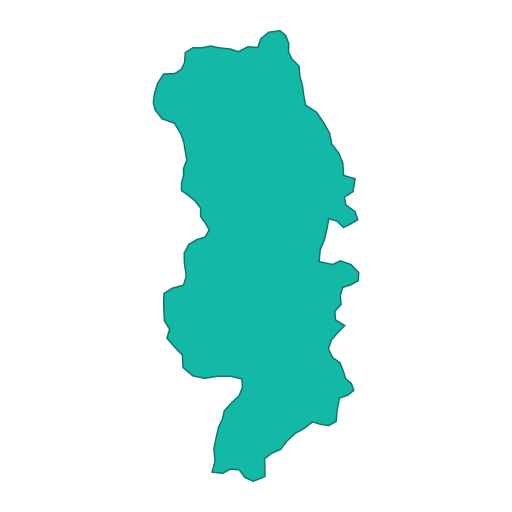 Coimbra, Minas Gerais, Brazil (Albers equal-area conic projection), rotated 270°
{"feature_id": "56859067B39104662018874", "entity_name": "Coimbra", "entity_type": "district", "adm_level": 2, "iso_a3": "BRA", "parent_name": "Brazil", "parent_adm1": "Minas Gerais", "projection": "albers", "projection_center": [-42.796, -20.843], "detail": "fine", "context": "isolated", "style": "filled", "palette": "teal", "viewbox_px": 512, "rotation_deg": 270, "n_neighbors": 0, "source": "geoboundaries", "source_scale": "gbopen_adm2", "svg_char_len": 1828}
<svg xmlns="http://www.w3.org/2000/svg" viewBox="0 0 512 512"><g transform="rotate(270 256 256)"><path d="M173.9,166.9L164.2,175.3L156.9,182.4L144.4,183.1L136.1,192.9L133.7,204.5L135.7,217.0L135.7,230.9L133.0,242.0L124.2,242.3L116.2,239.1L109.4,231.8L101.3,224.4L92.5,222.3L85.0,218.6L75.0,216.3L63.1,213.9L50.9,215.0L39.9,212.1L38.7,222.8L42.9,230.1L42.2,239.2L34.6,244.9L30.7,253.3L35.6,265.0L45.6,264.9L53.3,264.5L58.7,271.5L62.7,280.7L70.9,286.9L78.5,295.0L83.8,304.4L90.2,312.6L87.7,320.3L86.5,328.9L90.7,336.2L101.7,337.1L114.0,339.5L116.7,347.6L121.6,353.8L128.4,351.4L133.5,345.6L140.3,343.5L149.1,340.0L154.4,332.7L163.2,328.4L172.0,331.4L179.5,337.9L186.4,344.7L192.2,335.4L200.8,334.9L207.5,341.1L216.3,340.3L224.6,342.7L227.2,350.9L231.4,358.3L239.4,358.7L247.5,350.9L251.2,340.3L247.5,332.7L250.4,319.1L262.0,320.2L273.3,324.7L282.8,326.9L293.2,328.8L291.0,336.9L284.5,343.5L288.2,350.9L292.3,357.8L300.5,354.9L306.9,346.0L314.9,344.4L320.3,352.9L333.2,355.1L336.6,343.6L348.8,342.8L358.5,339.0L368.0,331.7L378.6,329.7L388.5,324.1L399.7,316.6L406.9,305.6L415.7,303.9L426.0,302.5L435.5,299.9L445.7,299.1L453.3,291.7L460.3,288.5L468.3,288.8L476.7,285.6L481.3,279.9L479.8,268.9L473.3,260.8L464.5,257.8L465.2,247.8L460.3,238.4L463.0,230.1L464.2,219.1L466.0,210.5L464.2,202.0L464.2,192.9L459.5,185.3L449.2,184.5L442.4,181.1L438.5,174.9L437.9,163.6L428.7,157.6L419.2,154.7L409.7,153.3L402.4,155.0L393.2,162.0L388.7,174.6L377.6,181.1L369.5,183.9L361.2,185.2L352.0,186.8L343.7,183.6L335.9,183.5L328.8,181.5L321.4,181.5L317.2,187.6L311.2,194.9L304.0,200.6L295.5,200.6L288.6,205.6L282.2,209.2L275.0,205.2L272.3,196.5L267.7,188.9L258.9,184.2L248.9,184.4L236.0,186.3L226.8,183.5L223.8,172.2L218.5,164.0L209.7,163.6L201.2,163.9L191.4,164.4L182.6,169.6L173.9,166.9Z" fill="#14b8a6" stroke="#0f766e" stroke-width="1.5"/></g></svg>